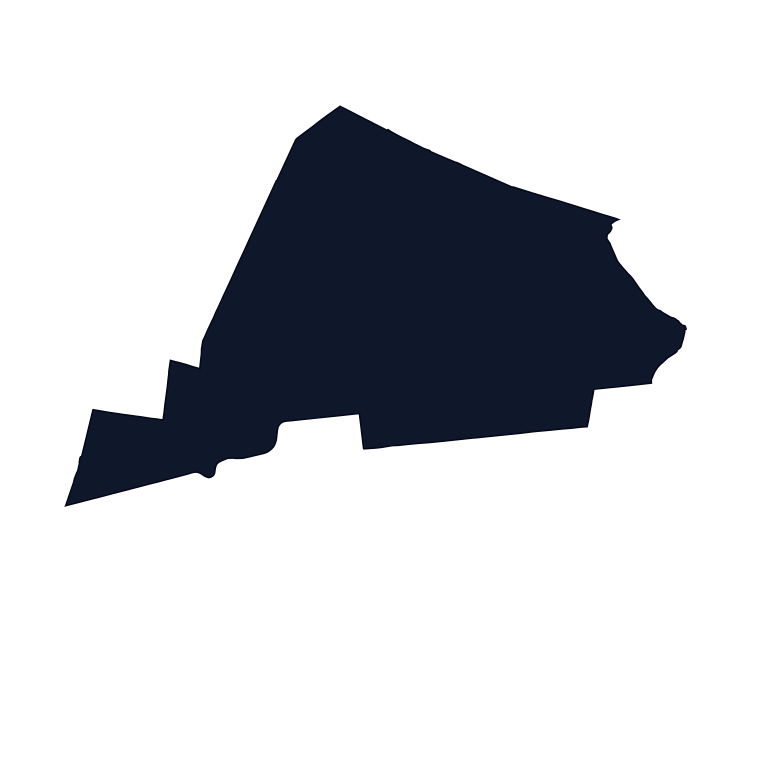 Priseaca, Olt, Romania (Albers equal-area conic projection), rotated 27°
{"feature_id": "2599482B1273612422996", "entity_name": "Priseaca", "entity_type": "district", "adm_level": 2, "iso_a3": "ROU", "parent_name": "Romania", "parent_adm1": "Olt", "projection": "albers", "projection_center": [24.461, 44.502], "detail": "fine", "context": "isolated", "style": "filled", "palette": "ink", "viewbox_px": 768, "rotation_deg": 27, "n_neighbors": 0, "source": "geoboundaries", "source_scale": "gbopen_adm2", "svg_char_len": 6110}
<svg xmlns="http://www.w3.org/2000/svg" viewBox="0 0 768 768"><g transform="rotate(27 384 384)"><path d="M136.4,539.0L147.5,585.7L147.2,586.0L146.9,586.4L146.7,586.9L146.7,587.7L146.8,588.5L147.4,590.2L148.0,592.0L148.7,593.3L149.0,594.3L149.4,596.0L149.9,597.9L150.3,599.5L150.5,600.2L150.6,603.8L150.9,606.4L151.2,609.2L151.9,611.5L152.3,614.0L155.6,636.9L155.6,637.0L167.5,626.5L169.3,624.9L175.5,619.4L180.0,615.5L184.5,611.5L191.3,605.4L196.4,600.9L205.9,592.5L218.0,581.7L229.3,571.8L233.7,567.8L235.8,566.0L238.3,563.8L240.6,561.7L245.2,557.6L249.8,553.5L252.5,550.8L253.4,550.1L254.2,549.4L254.8,548.9L255.2,548.6L255.9,548.2L256.7,547.8L257.6,547.4L258.5,547.2L259.7,547.0L260.8,547.0L261.5,547.0L263.2,547.2L265.0,547.4L266.0,547.5L266.0,547.3L267.0,547.4L268.1,547.4L268.8,547.3L269.4,547.2L270.0,547.1L270.5,546.8L270.9,546.5L271.5,546.1L272.1,545.5L272.2,545.2L272.3,545.1L272.7,544.6L273.2,543.8L273.3,543.3L273.5,542.9L273.6,542.5L273.6,542.1L273.6,541.4L273.6,541.0L273.5,540.3L273.3,539.6L272.6,537.6L272.0,535.8L271.8,535.4L271.7,534.9L271.6,534.6L271.5,533.9L271.4,533.9L271.4,533.7L271.5,533.7L271.4,533.4L271.4,532.6L271.4,532.0L271.4,531.6L271.5,531.1L271.7,530.2L271.9,529.6L272.2,529.0L272.6,528.3L273.0,527.8L273.7,526.8L274.9,525.3L276.7,523.1L277.5,522.2L278.3,521.4L278.8,521.0L279.2,520.7L279.9,520.3L282.6,518.8L283.6,518.4L284.3,518.1L285.2,517.8L286.5,517.2L289.0,515.9L289.5,515.6L290.7,514.9L291.2,514.7L291.9,514.2L292.9,513.5L294.0,512.6L298.4,508.9L299.8,507.7L301.1,506.6L307.0,501.6L308.9,499.9L310.0,498.8L310.9,497.7L311.7,496.3L312.4,495.0L312.9,493.8L313.4,492.7L313.6,491.7L313.9,490.7L314.1,489.7L314.1,488.7L314.1,487.7L314.1,486.9L314.0,486.0L313.8,484.8L313.7,484.0L313.6,483.7L313.4,482.8L312.8,481.0L312.0,478.9L310.6,475.2L310.0,473.5L309.6,472.1L309.4,471.6L309.3,470.9L309.1,470.2L309.1,469.6L309.2,468.9L309.2,468.4L309.3,467.8L309.5,467.0L309.8,466.1L309.9,465.7L310.6,464.6L311.0,463.9L311.4,463.5L311.7,463.1L312.1,462.8L312.6,462.3L313.1,461.9L314.6,460.9L318.5,458.5L324.6,454.5L329.3,451.4L332.3,449.5L339.5,444.8L356.4,433.9L372.9,423.1L375.5,421.5L376.1,422.4L395.1,450.8L395.3,450.9L395.6,450.9L406.2,444.5L410.6,441.6L418.2,436.0L418.8,435.5L421.2,434.1L422.9,433.2L424.9,432.0L432.1,427.3L435.9,424.9L440.9,421.7L441.1,421.6L450.8,415.7L463.3,407.7L488.9,391.0L489.1,391.0L502.9,382.1L529.5,364.9L539.0,358.5L546.3,353.9L551.9,350.4L562.0,343.9L572.0,337.7L578.9,333.1L584.1,330.0L584.4,329.9L584.3,329.2L583.8,327.6L583.4,326.3L583.3,325.4L582.7,323.7L582.5,322.7L582.0,321.2L581.6,319.9L581.1,318.5L580.8,317.3L580.0,315.1L579.5,313.3L579.1,312.1L578.8,311.2L578.4,309.6L577.5,306.7L576.9,305.2L576.3,303.1L575.5,300.2L575.1,298.9L574.9,298.1L574.3,296.3L573.3,293.4L608.4,270.7L621.9,261.8L620.9,260.2L620.2,258.3L619.7,252.1L619.7,249.7L620.2,245.3L621.4,240.8L622.3,238.9L624.8,232.0L629.3,224.3L630.2,222.1L629.9,220.8L630.6,219.1L630.9,218.5L631.5,217.1L631.6,215.8L631.1,213.4L630.7,211.3L630.5,210.5L630.4,209.5L630.1,207.9L629.8,206.8L629.6,205.8L629.3,204.8L629.0,203.7L628.8,202.7L628.5,201.5L628.2,200.7L627.3,198.9L628.3,198.1L628.1,197.7L627.6,197.1L627.0,196.5L626.3,196.1L626.0,195.6L625.2,195.6L624.4,195.8L623.9,196.2L622.7,196.1L621.9,195.8L620.9,195.6L620.2,195.4L619.2,195.1L618.4,194.6L617.7,194.2L616.5,194.3L615.5,194.0L614.4,193.8L613.7,193.7L613.0,193.7L611.2,193.9L610.1,194.2L609.0,194.3L607.9,194.3L607.1,194.3L606.1,194.2L602.3,194.0L600.2,193.9L599.1,193.7L597.3,193.4L596.5,193.3L595.4,193.6L593.9,193.7L593.3,193.7L592.7,193.6L592.2,193.4L591.5,193.2L590.5,192.9L588.9,192.2L587.9,191.9L585.9,191.0L583.9,190.0L581.8,189.2L580.0,188.3L579.2,188.1L578.5,187.8L577.9,187.6L577.4,187.4L577.1,187.3L576.5,187.1L575.9,186.8L574.8,186.2L574.2,185.9L573.6,185.5L570.9,184.1L569.6,183.5L566.5,182.0L565.7,181.6L563.9,180.5L562.6,179.9L561.8,179.4L560.8,178.9L559.9,178.4L558.3,177.5L557.7,177.2L557.0,176.9L553.4,175.5L551.4,175.0L549.4,174.1L547.2,173.3L545.0,172.4L544.6,172.3L540.7,170.6L539.4,170.1L538.6,169.7L536.9,168.8L536.6,168.6L536.1,168.3L535.0,167.5L533.5,166.3L532.2,165.2L530.3,163.6L528.0,161.7L523.1,157.7L522.1,156.9L522.2,156.7L521.8,156.4L521.0,155.9L519.6,155.1L518.5,154.5L517.9,154.2L517.5,153.9L517.1,153.6L516.7,153.3L516.4,153.1L516.1,153.1L516.1,152.4L515.9,151.7L515.6,150.9L515.2,150.1L515.1,149.4L515.2,148.7L515.6,148.0L515.8,147.3L516.0,146.5L516.2,145.7L516.4,144.8L516.4,144.3L516.4,143.0L516.2,141.9L515.8,140.9L514.9,140.2L514.0,139.4L513.8,138.9L513.8,138.4L514.1,137.1L514.6,136.5L515.1,135.4L515.4,134.6L516.0,133.8L517.2,132.3L518.4,130.9L516.2,131.2L513.4,131.6L510.9,132.1L499.3,134.2L493.1,135.2L487.2,136.2L482.4,137.1L476.9,138.0L470.4,139.1L465.2,140.0L459.9,140.9L450.1,142.7L446.1,143.5L441.6,144.3L437.9,144.9L436.9,145.1L433.2,145.8L428.2,146.7L422.1,147.7L417.9,148.4L413.3,149.2L409.5,149.8L409.2,150.4L354.7,153.5L352.0,153.4L348.6,153.6L346.6,154.0L345.6,154.1L336.1,154.8L330.0,155.2L325.4,155.5L320.3,155.8L318.7,155.2L315.1,155.8L312.1,156.1L308.0,156.1L301.8,156.2L298.4,156.1L292.9,156.1L287.9,156.3L281.7,156.2L276.1,156.0L274.0,155.8L272.1,155.5L271.5,156.6L218.8,156.5L211.7,170.1L209.2,175.1L206.1,181.5L204.0,186.2L198.7,196.9L195.1,204.2L194.5,206.3L194.7,213.5L194.9,218.1L196.2,251.6L195.8,251.7L198.4,316.8L199.0,329.6L199.3,338.9L199.5,344.0L199.8,350.3L200.2,359.0L200.6,369.0L200.9,378.0L201.5,391.1L201.6,396.5L202.0,401.5L202.1,406.8L202.4,415.9L202.9,423.8L202.9,426.2L203.0,428.0L204.3,431.8L205.4,435.4L206.6,437.9L207.8,440.5L209.1,444.0L210.4,447.5L211.5,450.4L212.9,454.0L210.5,454.4L207.8,455.0L205.6,455.4L203.9,455.7L201.2,456.1L198.4,456.6L196.4,457.0L190.3,458.3L187.3,459.0L183.0,459.9L183.4,461.2L184.2,463.5L184.7,465.0L185.5,467.4L185.8,468.3L186.4,470.0L187.1,471.5L187.8,473.1L188.9,476.1L190.2,479.6L191.6,483.2L192.9,486.7L194.0,489.9L196.4,496.7L197.7,500.5L198.7,503.1L201.3,510.1L202.3,513.0L203.5,516.3L200.9,517.2L196.5,518.7L191.9,520.5L185.4,522.6L181.5,523.9L178.0,525.2L174.1,526.5L163.7,530.2L162.6,530.5L160.8,531.1L158.2,532.0L152.9,533.8L136.4,539.0Z" fill="#0f172a" stroke="#020617" stroke-width="1.5"/></g></svg>